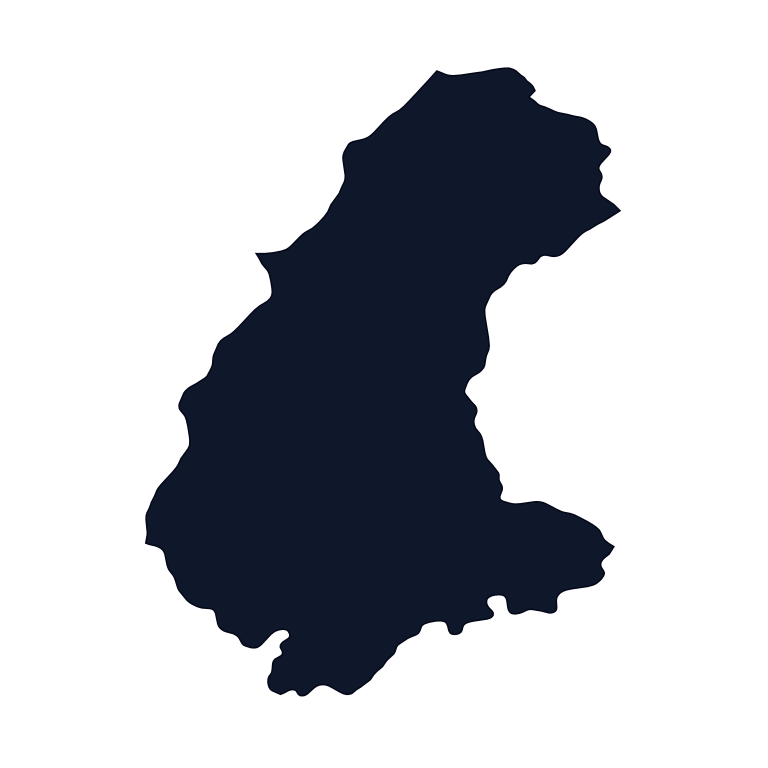 the district of Yamasá, Monte Plata, Dominican Republic, rotated 81°
{"feature_id": "3306468B37411515289314", "entity_name": "Yamasá", "entity_type": "district", "adm_level": 2, "iso_a3": "DOM", "parent_name": "Dominican Republic", "parent_adm1": "Monte Plata", "projection": "equal_earth", "projection_center": [-70.05, 18.766], "detail": "fine", "context": "isolated", "style": "filled", "palette": "ink", "viewbox_px": 768, "rotation_deg": 81, "n_neighbors": 0, "source": "geoboundaries", "source_scale": "gbopen_adm2", "svg_char_len": 6154}
<svg xmlns="http://www.w3.org/2000/svg" viewBox="0 0 768 768"><g transform="rotate(81 384 384)"><path d="M91.3,238.0L91.1,246.2L91.0,259.8L90.4,267.4L89.6,270.9L88.3,274.2L83.1,282.8L92.1,293.9L108.4,314.7L113.0,320.9L116.2,326.1L118.9,333.3L121.0,337.3L124.5,342.3L133.9,354.3L136.4,358.1L137.8,360.9L138.7,363.9L139.2,367.1L139.8,376.5L140.5,379.3L141.1,380.5L141.9,381.6L148.5,386.9L151.9,388.6L154.5,389.2L157.1,389.4L171.9,389.6L175.7,390.4L178.1,391.5L183.3,395.1L188.9,398.5L198.5,408.2L205.2,412.5L209.3,416.6L214.1,422.6L216.7,426.4L219.1,430.4L221.8,437.6L223.1,440.3L225.7,444.2L233.0,454.0L234.6,456.6L235.9,459.5L236.8,464.4L237.1,472.8L236.6,481.3L235.2,489.8L239.9,487.8L246.0,485.7L248.3,484.5L253.6,481.2L257.4,480.1L264.0,479.6L272.1,479.6L276.0,480.0L278.5,480.8L279.7,481.4L281.7,483.0L284.1,486.3L287.5,494.6L290.6,500.0L294.3,505.0L305.0,518.7L308.6,523.8L310.9,527.8L313.7,534.9L315.8,538.5L318.6,541.3L328.3,547.4L330.6,548.5L336.9,550.0L339.3,550.9L341.5,552.2L348.3,557.3L349.2,558.3L350.5,560.6L354.4,569.5L356.4,575.2L357.6,577.9L359.9,581.3L361.8,583.2L371.4,589.2L373.7,589.9L376.2,589.9L378.4,589.1L382.5,586.6L384.8,585.5L388.8,584.7L395.8,584.3L405.6,584.3L409.8,584.6L413.8,585.5L415.1,586.1L417.4,587.7L425.8,596.1L431.4,599.8L433.6,601.7L437.7,606.2L448.5,619.9L451.6,623.3L453.9,625.1L458.4,627.8L464.6,632.3L469.2,634.7L474.4,638.3L476.8,639.4L480.6,640.2L493.9,641.0L496.4,641.6L503.9,644.2L505.7,640.9L507.8,635.6L509.1,633.1L511.5,629.9L513.6,628.3L514.9,627.7L517.6,627.0L528.9,626.5L532.9,625.8L535.2,624.8L539.5,622.4L541.9,621.4L544.7,620.8L553.1,619.6L555.8,618.8L566.8,612.4L569.0,610.5L571.1,608.3L574.6,603.2L576.6,599.0L578.6,590.7L579.8,588.4L580.8,587.5L581.9,586.9L584.2,586.2L595.0,585.7L597.6,585.0L598.9,584.4L600.9,582.8L602.7,580.8L604.0,578.5L606.9,572.0L609.3,568.9L611.2,567.4L612.3,566.8L617.8,564.9L619.8,563.6L621.2,561.5L623.4,557.0L624.1,554.6L624.4,551.9L624.2,550.3L623.7,548.9L622.3,546.2L613.6,535.0L612.0,532.2L611.3,530.6L610.8,529.1L610.3,526.0L610.3,522.9L610.5,521.5L611.0,520.1L611.6,518.8L612.5,517.8L613.5,517.1L616.4,516.2L618.3,516.5L619.3,517.0L620.6,518.7L623.0,524.2L624.4,526.0L626.0,527.2L627.8,527.6L631.2,526.5L633.0,526.1L634.9,526.6L636.3,528.1L638.7,534.6L640.3,536.4L642.5,537.6L648.7,539.1L651.0,539.9L652.0,540.5L655.1,543.5L657.3,544.6L659.8,545.2L662.5,545.3L665.1,545.0L667.5,544.1L669.4,542.4L674.3,534.8L673.7,531.9L671.7,526.0L671.4,523.4L671.5,522.1L672.3,519.8L673.0,519.0L673.7,518.5L677.0,517.2L678.4,515.8L678.9,514.7L679.2,512.2L679.1,510.8L678.1,508.2L673.4,501.0L672.0,498.3L671.2,495.3L671.2,492.1L671.9,488.9L673.3,486.0L676.1,482.2L681.0,476.1L683.6,472.3L684.7,469.5L684.9,468.0L684.8,465.3L684.5,464.0L681.7,459.3L679.6,454.5L673.9,443.8L669.4,439.6L667.8,437.6L666.3,435.5L663.0,429.9L658.6,425.7L656.9,423.8L652.0,416.5L650.2,415.1L645.4,412.6L643.7,410.8L639.1,400.9L638.2,398.1L636.9,392.4L636.1,390.0L635.4,388.9L633.8,387.5L629.2,384.9L628.4,384.1L627.1,381.5L626.3,376.7L626.1,369.9L626.7,365.0L627.7,362.1L628.5,360.9L629.5,360.0L630.7,359.5L633.0,358.9L637.8,358.5L640.0,357.7L641.0,356.9L641.7,355.7L642.4,353.2L642.4,350.4L642.2,349.1L641.1,346.8L639.4,345.5L636.7,344.4L635.0,343.4L634.2,342.5L633.4,341.3L632.9,339.9L632.3,336.7L632.1,333.2L632.2,318.8L631.7,315.7L631.2,314.4L630.3,313.2L629.4,312.4L627.2,312.0L625.3,312.7L621.8,315.2L619.7,316.3L617.5,316.9L615.2,316.9L612.9,316.1L611.9,315.2L611.0,313.9L610.0,310.9L609.7,307.6L610.1,302.8L611.1,299.8L612.0,298.5L613.1,297.6L614.2,297.0L616.7,296.5L624.4,296.6L626.9,296.3L629.1,295.3L630.1,294.4L630.8,293.2L631.6,290.5L631.6,286.2L631.1,283.3L629.4,277.3L629.4,274.7L630.0,272.2L632.7,264.2L635.8,257.0L636.2,254.4L636.1,253.0L635.8,251.7L635.2,250.4L634.3,249.4L633.2,248.8L631.0,248.3L624.6,247.7L622.0,246.8L620.0,245.3L618.2,243.2L617.5,241.9L616.4,238.9L615.8,235.3L615.6,229.8L615.8,214.6L615.2,209.1L614.8,207.3L613.7,204.6L612.2,202.1L610.6,199.8L607.8,197.2L605.8,196.1L604.8,196.0L602.8,196.4L600.1,197.7L598.1,198.3L595.8,198.2L593.6,197.3L591.7,195.6L590.2,193.6L587.1,188.1L580.6,182.4L576.5,187.2L573.1,190.3L570.7,191.6L564.6,193.3L562.2,194.2L558.7,196.9L555.5,200.2L551.6,204.9L546.3,212.0L543.0,216.7L541.0,220.6L539.0,226.3L537.7,228.9L535.3,232.5L527.6,242.9L526.1,245.4L525.0,248.1L524.2,251.3L523.9,254.6L523.7,268.1L523.2,273.1L522.4,276.1L521.4,278.7L518.6,284.6L517.1,286.5L516.1,287.1L515.0,287.4L512.8,287.1L507.1,283.9L504.8,283.4L502.6,283.6L498.7,285.0L496.8,285.5L491.3,284.6L489.4,285.1L481.0,289.7L474.7,293.8L472.0,294.7L467.9,295.2L455.2,295.4L451.1,296.0L448.5,296.8L442.1,300.5L438.4,301.3L435.9,301.3L433.4,300.8L431.2,299.8L428.1,297.8L426.1,296.8L424.9,296.5L422.4,296.5L420.1,297.2L415.1,300.6L406.8,305.3L404.7,305.8L403.7,305.7L401.6,304.9L396.5,302.0L393.4,299.7L391.6,297.6L390.2,295.3L387.5,288.5L386.1,286.1L383.5,283.1L381.3,281.7L374.1,279.4L371.8,278.4L366.4,275.2L362.5,274.1L354.3,273.6L333.3,273.7L329.2,273.4L326.5,273.0L323.9,272.2L321.7,270.9L313.2,265.3L311.3,263.5L309.0,260.1L306.2,253.4L304.0,249.9L301.3,247.2L296.8,244.4L293.6,241.6L290.6,238.1L288.1,234.2L287.0,231.2L286.7,228.1L286.9,225.2L288.4,219.4L288.1,217.1L287.8,215.9L286.6,214.0L283.0,210.2L282.4,209.3L281.8,206.9L281.7,205.6L282.2,203.1L284.0,198.4L284.6,195.6L284.6,192.5L283.9,189.4L282.6,186.7L281.0,184.2L269.7,169.9L267.1,166.1L265.6,163.5L264.4,160.7L263.0,156.3L259.6,148.3L257.3,141.1L249.8,123.8L242.8,128.9L233.5,138.7L231.1,140.3L228.6,141.1L226.1,141.3L222.3,140.7L220.0,139.7L216.0,137.2L213.8,136.4L212.6,136.3L210.4,136.5L205.6,138.3L203.6,138.0L201.5,136.8L199.6,134.9L192.5,126.0L190.6,124.4L189.5,123.9L188.4,123.8L187.4,124.0L185.6,125.2L184.2,126.9L182.0,131.0L181.3,131.9L179.4,133.2L175.9,134.1L165.5,134.5L161.7,135.6L159.3,137.2L157.2,139.2L154.3,142.8L152.7,145.5L151.3,148.4L149.3,154.2L146.5,160.8L143.3,169.5L141.8,172.3L135.9,181.3L133.4,186.3L131.9,188.2L128.0,191.2L123.3,196.0L117.9,189.0L114.2,190.1L112.0,191.2L110.1,192.7L106.8,195.7L103.2,197.6L100.2,200.8L95.5,204.6L93.6,207.1L92.0,210.2L91.5,211.8L91.0,215.3L90.7,220.7L90.7,228.1L91.3,238.0Z" fill="#0f172a" stroke="#020617" stroke-width="1.5"/></g></svg>